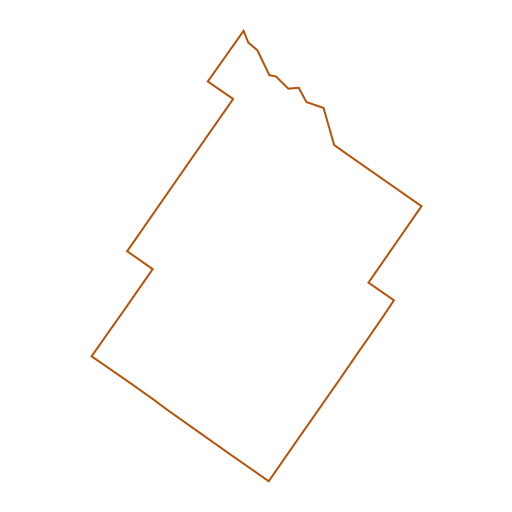 the district of Marshall, Mississippi, United States of America, rotated 215°
{"feature_id": "52423323B50167951251333", "entity_name": "Marshall", "entity_type": "district", "adm_level": 2, "iso_a3": "USA", "parent_name": "United States of America", "parent_adm1": "Mississippi", "projection": "mercator", "projection_center": [-89.469, 34.745], "detail": "fine", "context": "isolated", "style": "outline", "palette": "amber", "viewbox_px": 512, "rotation_deg": 215, "n_neighbors": 0, "source": "geoboundaries", "source_scale": "gbopen_adm2", "svg_char_len": 600}
<svg xmlns="http://www.w3.org/2000/svg" viewBox="0 0 512 512"><g transform="rotate(215 256 256)"><path d="M333.1,79.5L302.2,79.7L285.2,79.8L254.9,79.6L250.9,79.4L240.7,79.1L209.3,78.9L163.2,78.7L116.4,78.8L116.6,126.8L116.7,203.8L117.0,237.2L117.0,258.0L117.2,279.2L117.6,298.8L148.6,298.7L149.0,391.7L240.8,391.6L255.7,391.8L285.6,416.0L303.0,411.0L317.5,418.3L325.5,411.6L342.6,414.5L348.8,411.8L372.9,425.3L384.7,426.4L395.3,433.3L395.6,371.3L364.8,371.5L364.6,273.4L364.3,202.9L364.3,186.0L333.1,186.0L333.0,134.2L333.1,113.5L333.1,79.5Z" fill="none" stroke="#b45309" stroke-width="2"/></g></svg>